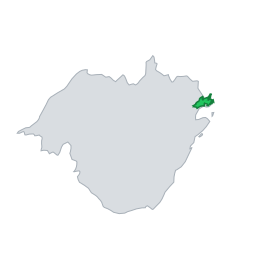 Prey Nob, Krong Preah Sihanouk, Cambodia (highlighted), rotated 226°
{"feature_id": "14789045B88399484092706", "entity_name": "Prey Nob", "entity_type": "district", "adm_level": 2, "iso_a3": "KHM", "parent_name": "Cambodia", "parent_adm1": "Krong Preah Sihanouk", "projection": "equal_earth", "projection_center": [103.742, 10.678], "detail": "fine", "context": "in_parent", "style": "filled", "palette": "green", "viewbox_px": 256, "rotation_deg": 226, "n_neighbors": 0, "source": "geoboundaries", "source_scale": "gbopen_adm2", "svg_char_len": 6146}
<svg xmlns="http://www.w3.org/2000/svg" viewBox="0 0 256 256"><g transform="rotate(226 128 128)"><path d="M201.2,44.7L201.6,46.8L200.4,50.9L199.2,54.5L196.8,57.7L196.7,60.0L195.9,67.0L196.2,69.3L196.8,71.2L197.6,72.2L199.7,79.0L201.7,85.3L203.6,90.4L203.9,93.6L202.2,101.8L200.3,109.4L200.5,113.1L201.3,116.9L202.3,121.9L202.7,128.4L202.2,132.6L201.3,135.2L199.6,137.8L198.1,139.2L196.2,136.9L194.8,136.8L192.8,137.5L191.3,138.5L188.2,142.5L184.8,146.3L180.0,147.3L178.1,150.1L176.1,150.5L172.4,150.6L169.9,151.3L170.0,152.7L169.8,159.4L169.9,161.0L169.5,161.4L167.8,161.6L164.9,160.6L161.0,158.9L158.2,158.7L156.7,161.6L155.9,162.7L154.8,162.9L153.7,163.4L153.4,164.7L153.3,166.4L153.8,169.2L154.0,173.6L153.9,176.7L154.9,178.6L160.9,185.0L162.7,186.6L162.9,187.6L161.9,191.1L162.8,196.1L161.0,196.0L157.8,193.8L156.3,192.5L154.5,193.6L153.9,193.4L152.6,191.0L151.0,188.5L149.4,188.3L145.9,189.3L142.3,190.0L140.9,190.0L140.4,190.4L138.3,194.1L137.4,193.5L133.8,192.1L130.6,191.5L129.9,192.5L130.3,195.5L131.0,198.4L130.6,199.7L128.8,201.2L126.4,204.0L124.9,206.2L123.9,206.7L120.3,206.6L116.7,206.9L115.2,208.9L113.9,210.5L112.7,211.0L108.0,205.9L98.6,204.1L97.5,201.9L96.6,201.5L95.8,204.4L90.6,207.2L88.5,205.5L86.9,203.4L87.1,201.0L88.6,198.9L91.2,197.5L92.4,192.4L90.4,185.8L88.7,183.9L86.9,182.4L85.0,184.8L83.4,189.0L81.7,191.1L79.4,191.6L75.9,191.4L74.6,185.2L74.2,179.9L74.6,173.8L75.2,170.2L71.8,165.2L71.7,160.5L70.1,158.1L69.6,159.3L69.6,160.7L69.2,159.7L64.0,145.8L63.1,139.4L64.0,134.4L64.5,132.8L63.0,130.2L60.9,127.2L57.2,123.3L56.9,117.2L56.1,110.0L55.0,107.5L53.3,103.1L52.4,99.4L52.1,89.7L52.6,88.9L55.2,88.6L58.6,87.9L59.1,86.3L58.6,85.0L60.7,82.8L63.9,78.0L66.3,73.0L68.0,69.8L69.0,66.6L72.5,62.2L77.4,59.1L80.6,58.4L84.1,57.3L87.3,55.8L88.9,55.7L92.9,57.5L95.1,57.9L97.4,57.9L99.8,58.1L101.9,57.9L106.9,56.7L112.1,57.7L116.8,56.9L122.7,55.4L125.5,56.3L128.1,57.8L128.5,60.7L129.1,62.1L130.0,63.1L131.1,63.1L132.6,61.1L133.9,58.9L134.3,58.6L134.3,59.6L134.9,61.9L136.1,64.2L137.2,65.7L139.1,67.7L140.3,67.8L144.3,65.9L150.2,68.6L150.9,70.0L152.9,72.8L155.0,74.8L159.7,75.0L161.3,70.0L160.5,67.0L157.8,61.8L157.1,58.7L157.9,58.1L162.4,57.6L163.1,56.9L164.1,53.5L165.3,53.9L167.8,54.4L170.5,52.0L172.0,49.6L172.9,50.7L173.8,52.4L174.8,53.4L176.7,54.9L178.8,57.0L180.1,59.0L181.2,59.8L183.9,59.2L184.6,59.3L186.1,56.8L187.2,55.5L188.1,55.9L189.5,55.8L192.2,52.7L193.8,49.8L194.7,49.1L197.2,50.5L198.2,50.2L199.6,46.3L201.2,44.7ZM72.8,177.0L72.3,177.4L71.8,177.4L71.3,176.8L71.4,174.6L71.8,173.2L72.6,172.9L72.8,177.0ZM80.7,199.0L79.6,200.5L78.0,197.4L78.0,196.6L80.7,199.0Z" fill="#d9dde1" stroke="#a8b0b8" stroke-width="1"/><path d="M98.0,189.9L97.9,190.1L97.7,190.1L95.1,191.9L94.7,191.7L94.3,191.3L94.2,191.3L93.9,192.7L93.8,193.2L93.8,193.5L93.6,194.5L93.4,195.1L92.5,196.5L92.4,196.7L91.8,197.5L91.4,198.0L91.0,198.0L91.0,198.3L91.1,198.5L91.2,198.8L91.3,198.8L91.5,198.9L91.5,199.0L91.8,199.3L92.3,199.5L92.5,199.8L92.6,200.0L92.6,200.3L92.3,200.2L92.2,200.2L92.2,200.3L92.1,200.5L91.9,200.6L91.7,200.7L91.1,201.1L90.4,201.6L90.2,201.5L89.7,201.4L89.5,201.1L89.4,200.9L89.1,200.8L89.1,200.7L89.0,200.8L88.8,200.9L88.7,201.0L88.4,201.0L88.2,201.4L88.2,201.6L88.4,202.0L88.4,202.3L88.4,203.3L88.6,203.6L88.6,203.8L88.3,203.8L88.2,203.8L87.9,203.8L87.9,204.1L87.9,204.3L88.0,204.4L87.9,204.5L88.0,204.5L87.9,204.6L87.7,204.7L87.7,204.9L87.7,205.0L87.7,205.4L87.8,205.6L87.7,205.7L87.8,205.8L87.8,206.0L87.9,205.9L88.0,205.9L88.1,205.7L88.4,205.2L88.5,205.1L88.8,205.4L89.0,205.5L89.1,205.8L89.2,206.3L89.1,206.6L89.1,207.0L89.1,207.3L89.3,207.6L89.6,207.7L89.7,207.9L89.7,208.0L89.8,207.9L90.1,207.9L90.0,207.7L90.4,207.5L90.5,207.4L90.9,207.5L91.0,207.4L91.0,207.2L91.4,207.1L91.6,207.2L91.8,207.2L92.2,207.4L92.4,207.5L92.5,207.6L92.6,207.4L92.8,207.2L92.7,206.9L92.8,206.8L92.8,206.4L92.7,206.3L92.5,206.2L92.4,205.9L92.2,205.8L92.2,205.6L92.2,205.4L92.3,205.4L92.5,205.5L92.6,205.4L92.6,205.8L92.8,205.9L92.9,206.0L93.3,206.3L93.5,206.3L93.8,206.2L94.0,206.1L94.1,206.3L94.3,206.7L94.5,206.8L94.6,206.7L94.8,206.5L95.1,205.7L95.4,204.9L95.6,204.4L96.0,203.8L96.2,203.4L96.5,203.0L96.6,202.8L96.6,202.5L96.5,202.3L96.3,202.4L96.3,202.1L96.2,202.0L96.1,201.6L96.3,201.4L96.4,201.5L96.5,201.6L96.8,201.4L97.0,201.3L96.9,201.3L97.3,201.5L97.5,201.6L97.6,201.8L97.6,202.2L97.6,202.3L97.8,202.7L98.0,203.2L98.0,203.3L98.2,203.2L98.4,203.0L98.4,202.9L98.5,202.8L98.7,203.0L98.7,202.9L98.8,202.9L98.8,202.7L98.8,202.8L98.9,202.7L99.0,202.7L99.1,202.3L99.1,202.1L99.4,201.3L99.4,200.8L99.3,200.4L99.3,199.8L99.1,199.4L98.8,199.3L98.6,198.8L98.2,198.0L98.2,197.8L98.2,197.5L98.1,197.1L98.4,196.8L98.5,196.7L98.5,196.3L98.5,196.1L98.5,195.8L98.6,195.5L98.7,195.3L98.7,195.2L98.8,195.0L98.6,194.4L98.3,194.1L98.2,193.8L98.1,193.6L98.4,193.4L98.3,193.2L98.1,193.1L98.0,192.9L98.1,192.5L98.2,192.3L98.2,192.1L98.3,192.0L98.4,191.9L98.5,191.6L98.4,191.2L98.5,191.0L98.5,190.9L98.5,190.5L98.4,190.4L98.5,190.3L98.4,190.3L98.3,190.2L98.2,190.2L98.0,189.9ZM93.5,206.8L93.1,206.7L92.9,206.8L93.0,207.0L93.1,207.6L93.1,207.8L93.1,208.2L93.0,208.4L92.9,208.3L92.7,208.2L92.6,208.3L92.7,208.5L92.8,208.6L93.1,208.8L93.4,209.2L93.4,209.3L93.5,209.6L93.7,209.8L93.8,209.7L94.0,209.6L94.0,209.4L94.3,209.3L94.4,209.2L94.5,209.2L94.5,208.9L94.5,208.4L94.5,208.2L94.5,207.7L94.5,207.4L94.4,207.3L94.2,207.1L93.8,206.8L93.5,206.8ZM94.4,209.9L94.2,210.0L94.2,210.3L94.2,210.5L94.2,210.8L94.4,210.8L94.6,210.9L94.6,211.2L94.8,211.3L94.9,211.2L94.7,210.9L94.8,210.8L94.9,210.6L95.1,210.7L95.3,210.4L95.1,210.2L94.9,210.3L94.9,210.2L94.8,210.3L94.8,210.2L94.7,210.3L94.7,210.1L94.4,209.9ZM88.5,207.3L88.4,207.3L88.4,207.2L88.2,207.3L88.2,207.5L88.4,207.7L88.5,207.9L88.5,208.0L88.4,208.1L88.4,208.3L88.5,208.3L88.5,208.2L88.6,208.3L88.8,208.5L88.8,208.4L88.9,208.2L89.1,208.2L89.0,207.9L88.9,207.7L88.8,207.3L88.7,207.3L88.5,207.3ZM87.9,207.8L87.8,207.6L87.6,207.5L87.3,207.6L87.5,207.7L87.6,207.8L87.7,208.0L87.8,208.0L87.9,207.8ZM87.2,206.7L87.3,206.5L87.3,206.4L87.2,206.4L87.2,206.5L87.2,206.7ZM89.5,208.2L89.4,207.9L89.4,208.1L89.5,208.2ZM87.9,207.2L87.7,207.1L87.8,207.2L87.9,207.2Z" fill="#22c55e" stroke="#15803d" stroke-width="1.5"/></g></svg>